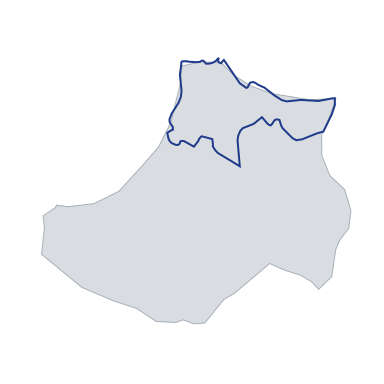 location of Grevenmacher within Luxembourg, rotated 264°
{"feature_id": "LUX-907", "entity_name": "Grevenmacher", "entity_type": "District", "adm_level": 1, "iso_a3": "LUX", "parent_name": "Luxembourg", "parent_adm1": "", "projection": "natural_earth1", "projection_center": [6.348, 49.652], "detail": "fine", "context": "in_parent", "style": "outline", "palette": "blue", "viewbox_px": 384, "rotation_deg": 264, "n_neighbors": 0, "source": "natural_earth", "source_scale": "10m", "svg_char_len": 1898}
<svg xmlns="http://www.w3.org/2000/svg" viewBox="0 0 384 384"><g transform="rotate(264 192 192)"><path d="M193.1,55.9L190.3,67.4L190.7,93.3L200.3,119.3L222.9,144.8L240.2,163.4L263.4,178.2L302.7,192.3L318.4,195.3L320.6,214.3L317.6,234.5L304.0,245.6L291.2,261.7L281.6,281.3L271.4,318.9L270.0,344.9L247.3,334.2L235.4,326.9L214.7,324.9L193.9,330.8L178.4,344.1L157.1,348.1L139.5,344.1L129.1,334.2L119.8,328.9L93.4,322.2L82.0,307.9L90.7,301.1L98.3,290.5L104.7,275.6L112.8,261.8L87.0,223.9L81.7,212.4L60.4,191.0L60.7,180.2L65.8,169.9L63.9,161.9L67.0,142.9L81.9,124.9L91.9,102.7L108.7,72.4L145.7,35.9L172.2,41.5L183.8,41.4L190.9,54.7L193.1,55.9Z" fill="#d9dde1" stroke="#a8b0b8" stroke-width="1"/><path d="M253.5,173.6L255.6,178.0L255.9,179.5L258.6,179.7L263.7,177.1L266.7,177.2L272.4,180.2L282.1,187.9L287.9,190.9L293.8,192.2L310.0,192.2L320.5,194.8L321.8,194.8L323.6,196.5L323.5,196.4L322.8,197.0L322.7,200.6L322.2,200.9L320.6,210.3L320.6,213.4L321.5,215.3L321.4,217.0L318.1,219.4L317.9,223.3L318.6,226.8L320.2,229.9L322.7,232.6L319.7,231.6L318.1,232.3L317.0,234.4L319.3,236.6L320.0,237.5L295.1,250.9L289.8,257.0L290.4,258.4L292.6,259.7L294.7,261.3L295.0,264.2L294.1,266.1L291.5,269.3L288.1,275.1L279.3,284.2L274.1,290.8L272.2,295.6L272.2,309.3L271.6,313.5L269.3,327.5L270.4,340.6L270.4,343.8L263.6,343.2L254.6,339.1L238.4,329.0L237.1,321.8L232.9,307.1L232.6,301.2L235.0,297.6L245.9,288.8L248.4,287.7L254.6,286.5L255.4,283.9L254.9,281.8L253.1,280.2L251.3,278.8L250.0,277.2L250.7,275.7L252.0,274.3L259.1,269.4L253.3,260.4L250.1,249.0L247.7,246.4L243.1,243.8L238.5,242.7L212.6,242.2L228.0,221.9L230.8,219.7L235.1,217.5L237.4,217.8L242.5,217.7L246.4,207.5L245.7,206.3L243.9,204.5L242.2,203.7L236.9,198.7L243.5,189.3L243.8,187.8L243.8,185.9L242.0,185.0L240.9,184.3L240.2,182.5L240.8,180.4L242.8,176.8L244.8,175.2L247.3,174.2L253.4,173.6L253.5,173.6Z" fill="none" stroke="#1e3a8a" stroke-width="2"/></g></svg>